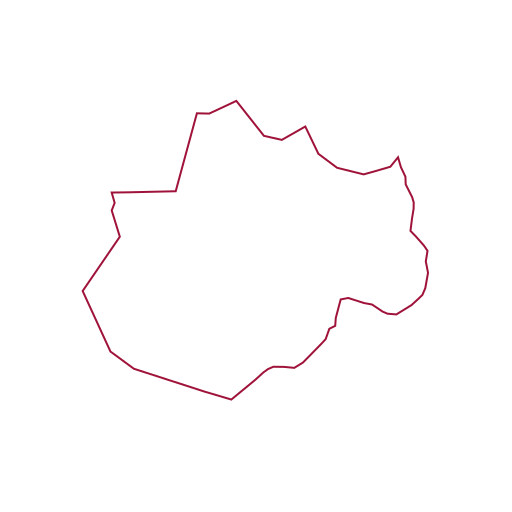 Tenente Ananias, Rio Grande do Norte, Brazil, rotated 312°
{"feature_id": "56859067B6305707048809", "entity_name": "Tenente Ananias", "entity_type": "district", "adm_level": 2, "iso_a3": "BRA", "parent_name": "Brazil", "parent_adm1": "Rio Grande do Norte", "projection": "mercator", "projection_center": [-38.141, -6.442], "detail": "fine", "context": "isolated", "style": "outline", "palette": "rose", "viewbox_px": 512, "rotation_deg": 312, "n_neighbors": 0, "source": "geoboundaries", "source_scale": "gbopen_adm2", "svg_char_len": 896}
<svg xmlns="http://www.w3.org/2000/svg" viewBox="0 0 512 512"><g transform="rotate(312 256 256)"><path d="M322.5,116.6L250.4,153.0L217.7,118.3L206.6,106.3L200.9,115.4L193.3,118.3L179.2,141.9L114.0,150.6L87.6,211.8L90.5,240.7L120.7,308.3L132.8,333.7L163.5,338.3L174.5,339.4L180.0,340.6L185.3,343.0L192.4,351.1L198.5,359.3L208.3,362.2L234.5,363.3L240.8,363.4L251.0,359.2L257.1,361.6L263.4,356.7L280.4,348.0L286.5,352.6L293.3,367.7L297.6,374.7L299.4,387.3L301.1,392.3L306.5,399.4L323.6,404.4L332.6,405.3L338.4,405.7L345.4,403.3L358.6,395.1L365.6,385.8L374.6,380.0L376.1,373.9L377.5,361.8L378.0,354.0L388.2,346.9L396.6,341.5L401.3,337.4L404.2,332.7L409.4,319.3L414.9,314.0L419.0,304.2L424.4,295.5L412.2,296.1L398.0,287.3L388.7,281.4L375.8,257.2L373.7,234.0L385.2,206.0L359.6,197.5L350.6,181.5L352.0,173.3L358.1,137.6L330.5,125.9L322.5,116.6Z" fill="none" stroke="#9f1239" stroke-width="2"/></g></svg>